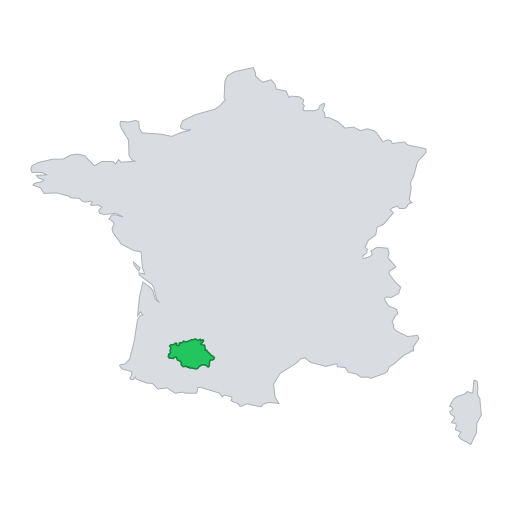 Gers highlighted on a map of France
{"feature_id": "FRA-5294", "entity_name": "Gers", "entity_type": "Metropolitan department", "adm_level": 1, "iso_a3": "FRA", "parent_name": "France", "parent_adm1": "", "projection": "robinson", "projection_center": [0.302, 43.692], "detail": "fine", "context": "in_parent", "style": "filled", "palette": "green", "viewbox_px": 512, "rotation_deg": 0, "n_neighbors": 0, "source": "natural_earth", "source_scale": "10m", "svg_char_len": 6168}
<svg xmlns="http://www.w3.org/2000/svg" viewBox="0 0 512 512"><path d="M412.1,202.4L408.4,204.1L406.2,207.7L403.9,208.5L399.5,208.5L397.4,206.3L392.3,207.8L390.2,210.0L393.4,212.8L383.5,224.3L377.0,227.3L375.8,234.8L368.3,240.3L365.6,246.2L365.4,247.4L367.4,249.3L366.6,253.2L362.8,255.7L362.9,258.1L364.0,258.5L370.0,256.5L372.2,254.2L370.9,251.1L376.8,247.3L387.7,248.2L389.1,253.3L387.8,257.6L395.9,266.9L389.3,271.2L389.0,274.0L396.3,283.3L400.8,287.2L398.6,293.4L391.4,297.4L386.6,297.1L384.7,298.1L384.9,300.0L388.4,305.8L396.5,309.4L397.8,313.8L395.6,315.3L392.1,321.9L393.8,325.1L393.3,326.5L394.1,328.7L396.3,330.9L407.6,336.5L417.6,335.4L418.9,338.6L413.1,347.2L413.5,351.0L410.4,351.1L409.9,352.4L403.8,355.2L394.1,363.9L389.4,366.4L387.7,370.8L385.0,373.3L370.7,378.2L368.0,377.1L361.0,377.2L356.5,374.1L348.1,372.1L345.2,367.6L337.4,366.7L336.9,363.7L325.9,366.4L310.4,362.3L304.9,357.8L300.4,359.0L296.5,363.0L280.0,373.5L273.6,384.4L275.0,397.1L278.9,403.4L268.7,402.4L262.7,404.3L261.1,406.9L246.7,403.8L241.4,406.4L239.9,406.2L238.0,403.6L230.9,400.6L232.0,398.5L231.0,396.6L224.4,395.1L222.1,396.9L219.5,393.2L200.9,387.4L197.9,387.5L196.7,393.2L184.8,393.1L183.0,392.1L175.3,393.3L167.1,387.9L158.0,389.0L152.4,383.4L147.0,383.1L139.3,380.3L135.9,378.7L135.4,377.1L133.1,379.6L130.3,379.1L129.7,378.3L131.5,375.2L131.9,371.7L122.4,369.0L119.9,366.5L119.8,365.1L125.0,363.9L129.7,359.0L134.2,341.1L137.5,319.9L139.9,315.9L142.9,314.8L140.5,311.9L137.6,315.7L139.5,296.4L143.0,282.1L150.9,287.9L152.8,290.5L155.1,299.1L159.5,302.6L156.6,299.2L153.8,287.8L152.0,284.6L139.4,275.0L139.0,272.8L144.6,274.0L142.3,266.9L141.1,251.9L133.5,250.4L121.3,244.1L113.0,232.6L112.0,228.4L114.3,223.8L112.4,221.0L108.9,219.0L111.7,215.1L114.2,214.7L123.0,216.9L115.8,213.3L104.1,214.5L99.5,213.2L98.7,210.5L101.9,207.1L98.0,204.9L91.3,205.4L90.5,204.5L92.5,202.0L90.9,201.1L85.4,202.0L82.3,201.2L79.4,198.4L70.7,197.8L68.7,196.1L56.7,192.9L44.0,193.4L40.5,187.8L32.9,185.1L34.5,183.3L42.2,181.6L43.8,180.0L38.2,177.7L36.3,175.4L46.6,174.8L42.0,172.4L32.0,172.5L30.7,169.2L32.1,165.7L38.0,162.6L52.5,159.2L63.1,159.1L70.6,155.1L78.0,154.1L85.0,156.0L94.3,165.8L102.0,161.5L113.2,161.6L115.5,164.1L118.6,159.6L121.0,162.2L134.8,161.3L131.6,159.6L129.0,155.4L128.6,140.1L121.7,128.9L120.0,124.9L120.5,121.4L128.6,122.1L135.4,120.5L138.7,121.6L139.4,128.8L142.3,132.9L161.1,134.2L172.0,136.4L181.2,132.4L189.7,130.6L190.4,129.6L185.5,130.0L181.0,128.2L180.4,126.3L182.7,120.7L195.8,114.5L214.9,109.3L219.8,105.9L225.4,99.6L224.1,98.1L224.9,81.2L227.6,75.6L234.8,71.6L253.2,67.6L255.6,73.0L255.5,76.0L260.5,80.7L263.0,82.2L271.0,79.7L274.9,84.1L276.2,89.1L286.0,91.1L289.0,97.6L290.7,96.2L296.8,96.5L299.7,97.0L303.7,99.9L302.6,103.8L304.4,105.6L302.8,109.2L304.0,110.7L315.3,110.7L318.6,109.1L320.0,105.5L323.4,103.4L324.7,104.1L322.7,110.8L324.3,112.5L325.2,117.4L329.5,117.8L337.8,121.7L345.0,128.1L353.6,127.1L360.4,130.7L367.4,128.8L374.1,130.8L376.4,132.6L382.9,141.7L387.6,139.9L391.0,140.9L392.2,143.5L404.7,142.0L407.1,144.6L409.8,145.5L425.9,148.9L426.2,152.3L417.4,162.0L413.8,175.8L411.3,180.5L410.4,184.1L411.2,186.5L410.9,190.2L409.3,199.2L410.5,201.8L412.1,202.4ZM477.9,388.7L477.3,394.5L479.8,398.6L481.3,415.2L476.8,423.2L476.4,432.9L470.8,444.4L461.3,439.3L458.4,436.4L460.8,432.0L455.3,429.6L456.4,425.4L455.7,423.2L451.9,423.0L451.7,421.9L454.4,418.6L454.2,416.5L450.5,414.0L449.7,411.7L453.1,409.1L451.5,406.8L449.5,406.3L453.9,398.7L457.1,396.5L464.3,394.3L467.2,391.6L472.0,393.1L472.8,392.3L473.9,380.4L475.5,380.2L477.1,381.8L477.9,388.7ZM140.0,267.7L138.9,271.1L134.1,265.2L133.5,262.0L140.0,267.7Z" fill="#d9dde1" stroke="#a8b0b8" stroke-width="1"/><path d="M180.0,361.1L179.6,361.1L178.0,360.2L177.5,360.1L176.8,358.7L176.5,357.2L175.6,357.1L174.7,357.4L173.9,357.9L173.2,358.5L170.3,358.0L169.2,358.1L169.0,357.8L168.9,357.6L168.8,357.1L168.7,356.9L168.2,356.6L168.2,356.4L168.3,356.1L168.7,355.7L168.9,355.2L168.9,354.9L168.7,354.6L168.6,354.4L168.7,354.2L169.0,354.0L169.5,354.0L169.7,353.9L169.9,353.7L170.5,352.4L170.5,352.1L170.4,351.9L170.2,351.6L170.1,351.4L170.1,351.2L170.1,350.8L170.1,350.2L170.2,349.9L170.3,349.5L170.6,349.0L170.9,348.3L170.9,348.1L170.8,347.8L170.6,347.6L170.5,347.1L170.3,346.8L169.8,346.4L169.6,346.1L169.7,345.8L169.9,345.5L171.0,344.8L171.4,344.6L172.5,344.8L173.1,344.7L173.5,344.7L173.9,344.4L174.5,343.8L175.3,343.2L175.6,343.1L175.9,343.0L176.4,343.2L176.6,343.3L176.8,343.5L176.8,343.9L176.7,344.1L176.5,344.4L176.4,344.6L176.4,344.9L176.5,345.1L176.8,345.3L177.1,345.4L177.3,345.4L178.4,345.5L178.7,345.5L179.0,345.3L179.2,344.9L179.3,344.6L179.1,343.6L179.4,343.2L179.5,342.9L180.4,342.6L180.6,342.6L180.9,342.7L181.1,343.1L181.4,343.1L181.7,343.1L182.0,342.9L182.3,342.6L182.5,342.4L183.0,341.6L183.1,341.4L183.4,341.2L183.7,341.1L185.2,341.7L185.8,342.0L186.0,342.0L186.3,342.0L186.6,341.9L187.4,341.4L187.9,341.2L188.5,341.1L190.8,340.1L191.1,339.8L191.4,339.7L191.7,339.6L192.2,339.8L192.5,339.8L192.8,339.8L194.9,339.1L195.4,339.0L196.0,339.2L196.4,339.5L197.3,340.3L197.5,340.4L198.2,340.3L200.1,339.2L200.4,339.5L200.6,339.8L200.7,340.2L200.8,340.7L201.1,340.5L202.5,339.8L203.1,339.9L203.5,340.3L203.5,340.9L203.2,341.5L201.5,343.5L201.1,343.8L200.7,344.0L201.1,344.6L202.0,344.9L203.0,345.0L203.8,345.0L204.3,345.0L204.6,345.5L204.9,346.2L205.0,347.7L205.4,349.1L205.3,349.5L205.1,350.2L206.8,350.2L207.0,350.7L207.4,351.5L208.8,352.9L209.7,353.4L209.9,353.6L210.0,353.9L210.2,354.5L210.3,354.7L210.4,354.8L212.9,356.2L214.4,357.6L213.9,359.1L212.5,360.0L210.6,360.0L210.1,360.7L209.4,362.4L209.4,365.0L209.1,366.3L208.3,367.0L207.7,366.8L206.3,365.5L205.6,365.1L201.7,364.9L201.4,364.9L201.1,365.1L200.4,365.9L199.3,366.4L197.7,368.4L196.9,368.8L195.9,368.9L191.5,368.0L190.1,368.1L189.6,368.0L189.5,367.8L189.4,367.5L189.1,367.1L188.9,366.9L188.7,367.0L188.1,367.4L187.8,367.4L187.5,367.4L187.1,367.1L186.7,366.4L186.4,366.3L185.9,366.2L183.8,366.7L183.3,366.7L182.9,366.5L182.4,366.1L182.0,365.5L181.9,365.3L181.2,364.9L181.1,364.6L181.1,364.3L181.4,363.6L181.4,363.2L181.3,362.9L180.9,362.4L180.6,361.3L180.3,361.1L180.0,361.1Z" fill="#22c55e" stroke="#15803d" stroke-width="1.5"/></svg>